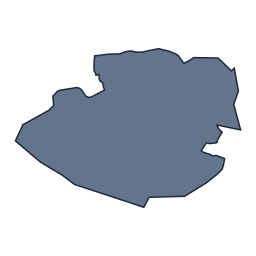 Osogbo, Osun, Nigeria (Mercator projection)
{"feature_id": "59680162B73238408569532", "entity_name": "Osogbo", "entity_type": "district", "adm_level": 2, "iso_a3": "NGA", "parent_name": "Nigeria", "parent_adm1": "Osun", "projection": "mercator", "projection_center": [4.558, 7.753], "detail": "fine", "context": "isolated", "style": "filled", "palette": "slate", "viewbox_px": 256, "rotation_deg": 0, "n_neighbors": 0, "source": "geoboundaries", "source_scale": "gbopen_adm2", "svg_char_len": 1282}
<svg xmlns="http://www.w3.org/2000/svg" viewBox="0 0 256 256"><path d="M234.3,68.3L231.4,70.9L218.1,58.0L193.8,57.6L188.9,60.8L183.8,63.4L178.3,55.6L175.7,53.9L168.0,50.9L158.5,48.7L149.9,50.4L142.4,52.1L136.7,52.2L130.4,50.9L125.1,51.8L119.5,53.9L112.5,54.1L108.3,54.2L94.6,55.9L94.2,61.1L94.0,66.4L94.2,71.1L95.6,73.2L95.8,75.1L97.1,75.1L98.9,74.7L99.1,77.4L99.5,80.0L99.9,80.9L102.5,82.7L103.1,85.1L103.2,86.1L103.4,86.6L103.6,87.7L104.5,89.4L104.6,90.0L91.1,97.1L88.6,97.4L86.5,96.5L85.5,95.8L81.6,89.9L79.7,88.4L78.3,87.9L76.5,87.6L73.5,88.1L62.6,89.8L58.9,90.5L57.3,91.5L55.9,93.0L52.9,96.2L53.6,105.7L49.9,109.2L49.6,109.9L22.9,124.7L15.4,140.9L39.8,161.6L52.6,169.5L62.3,175.2L74.6,184.5L111.2,196.5L143.8,207.3L149.1,197.3L184.5,196.3L205.8,183.2L217.4,174.1L222.2,169.2L223.4,165.0L224.0,162.3L224.6,158.6L217.3,155.9L216.0,155.5L213.3,155.9L212.2,155.7L210.5,154.5L208.4,153.9L204.5,152.7L202.5,151.8L201.3,150.6L202.0,149.7L203.9,146.5L206.6,142.7L209.7,143.6L214.3,143.1L216.2,142.9L217.3,142.1L217.4,140.5L218.0,139.1L218.3,138.7L218.7,137.9L221.2,133.6L221.6,133.3L221.1,132.4L222.0,132.0L219.7,129.8L218.3,128.3L218.1,127.2L217.4,126.2L216.8,125.3L216.9,125.0L240.6,129.9L233.7,104.4L238.4,91.1L234.3,68.3Z" fill="#64748b" stroke="#1e293b" stroke-width="1.5"/></svg>